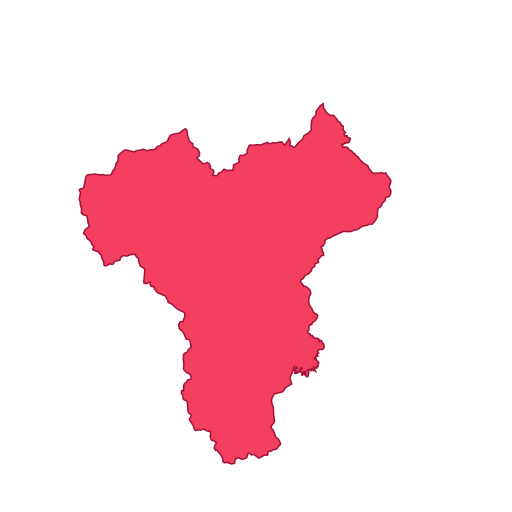 the district of Chaloem Phra Kiat, Nan, Thailand, rotated 233°
{"feature_id": "78962969B24937809655740", "entity_name": "Chaloem Phra Kiat", "entity_type": "district", "adm_level": 2, "iso_a3": "THA", "parent_name": "Thailand", "parent_adm1": "Nan", "projection": "mercator", "projection_center": [101.099, 19.489], "detail": "fine", "context": "isolated", "style": "filled", "palette": "rose", "viewbox_px": 512, "rotation_deg": 233, "n_neighbors": 0, "source": "geoboundaries", "source_scale": "gbopen_adm2", "svg_char_len": 6154}
<svg xmlns="http://www.w3.org/2000/svg" viewBox="0 0 512 512"><g transform="rotate(233 256 256)"><path d="M337.2,401.3L337.5,397.6L336.8,396.4L336.2,393.4L335.2,390.8L333.5,389.5L332.3,387.7L331.8,384.3L330.7,382.0L327.8,379.2L323.3,375.9L322.7,371.9L323.2,366.8L321.2,363.1L321.0,358.4L319.6,352.4L320.2,351.3L322.1,350.9L323.8,349.4L325.9,351.8L329.8,353.2L327.7,347.0L327.7,345.4L331.4,345.2L332.1,344.7L334.5,339.5L336.2,338.1L336.9,335.3L338.0,334.2L339.9,333.4L342.2,325.8L344.2,324.1L345.9,320.8L348.5,317.5L346.1,313.1L343.4,310.8L343.8,306.4L345.6,304.6L345.7,303.4L343.6,300.4L341.2,299.0L341.3,297.0L342.3,292.9L339.4,290.3L338.3,288.8L339.9,287.3L341.8,284.2L343.8,283.3L344.6,282.4L343.8,278.8L344.7,276.3L343.5,273.5L344.4,272.1L346.8,270.0L348.6,273.1L350.7,273.5L352.8,272.0L355.5,273.9L358.2,274.1L359.9,273.5L360.6,270.6L362.1,269.1L370.0,267.7L370.3,271.4L372.6,273.2L376.8,273.8L380.9,271.4L382.6,272.1L383.7,273.2L386.1,272.2L388.8,272.2L394.3,274.3L395.2,275.1L398.5,276.6L400.0,276.4L400.4,275.2L400.3,268.9L403.1,263.2L403.9,259.8L401.0,253.9L401.2,251.6L402.3,248.7L401.8,245.8L402.8,243.1L401.7,239.7L404.5,235.4L405.4,232.7L409.4,229.8L410.0,227.4L411.8,224.6L412.7,221.0L418.5,216.5L419.8,214.5L419.3,206.6L414.7,202.9L414.2,200.0L410.7,196.0L410.1,192.8L408.2,189.7L408.7,187.2L410.3,185.7L410.9,184.3L412.9,183.0L415.2,179.7L418.1,176.9L421.8,171.2L422.3,169.7L421.9,168.2L414.3,159.5L414.1,158.2L415.2,156.3L415.4,154.7L412.2,153.9L407.4,148.7L405.2,148.3L402.7,146.5L399.0,145.3L395.6,142.5L393.5,142.5L389.6,145.1L383.1,141.6L380.6,141.3L379.9,139.7L379.9,135.5L377.9,131.8L374.7,132.7L371.4,131.7L367.5,132.8L363.4,131.9L361.5,132.4L359.5,129.6L358.9,129.4L354.0,132.7L352.1,132.4L350.1,132.9L346.7,131.5L343.4,131.0L340.2,129.1L338.8,129.6L337.8,132.5L337.9,134.4L336.5,135.2L335.6,136.7L335.7,137.6L336.8,139.7L334.6,144.7L336.2,146.8L336.4,149.8L333.6,153.0L332.7,156.5L330.1,160.4L327.1,160.0L324.2,160.7L323.8,159.9L321.6,158.8L317.4,157.5L314.1,159.1L311.9,158.9L302.7,150.7L301.7,150.3L300.1,151.5L298.8,155.9L296.7,154.2L295.0,153.9L292.5,156.1L290.6,155.0L285.8,155.3L278.1,159.8L276.4,159.1L274.1,159.1L271.6,158.0L267.8,160.1L263.5,160.6L259.0,162.1L253.9,164.9L250.7,163.1L248.8,159.8L247.8,158.9L247.5,158.2L248.8,156.8L249.0,155.3L247.7,153.0L245.7,151.8L244.0,151.1L239.1,152.0L231.5,150.3L229.5,152.3L228.2,152.3L222.2,149.3L221.9,145.7L220.7,143.0L221.3,140.2L220.8,138.8L217.3,135.8L212.9,133.2L209.6,130.3L208.6,130.0L204.6,130.4L201.1,132.4L197.4,130.8L196.8,130.2L198.2,126.5L197.2,124.9L197.1,122.0L195.9,120.0L192.0,117.2L193.1,116.2L193.2,115.4L191.6,114.0L187.9,113.3L185.8,111.8L184.5,112.0L182.5,113.1L180.6,113.2L172.5,108.0L170.1,108.0L168.0,108.7L166.2,106.2L166.0,104.9L165.0,104.2L158.5,103.8L154.2,102.4L153.0,102.8L152.0,105.1L150.3,106.9L149.6,109.5L147.7,110.9L146.0,111.5L143.4,113.8L140.9,112.6L139.9,111.1L136.4,109.7L135.0,109.9L134.1,111.0L132.0,111.8L130.5,111.6L129.5,109.2L127.7,106.9L125.2,106.6L124.9,107.4L123.6,108.1L120.9,107.9L119.6,108.4L114.2,107.5L111.5,105.9L109.9,106.2L109.0,108.3L104.8,111.2L103.3,114.2L105.7,116.5L106.0,118.2L105.7,120.3L101.9,122.4L100.5,126.5L100.6,127.4L102.9,130.4L102.7,132.0L99.8,132.8L98.7,134.9L93.1,136.6L92.6,137.2L91.9,143.1L89.9,145.3L92.7,148.1L90.9,151.0L91.2,153.3L89.7,155.0L89.7,157.5L90.4,159.3L90.7,161.8L91.4,162.6L93.8,163.4L96.5,163.7L98.8,162.8L107.4,165.1L108.7,164.6L110.1,164.8L111.0,166.0L112.2,170.5L113.3,171.6L119.7,175.3L124.6,178.7L130.2,180.6L132.2,182.4L134.0,185.4L134.6,186.9L134.5,188.5L131.7,195.0L131.7,197.3L133.1,199.9L132.4,207.6L137.8,209.5L139.6,211.8L141.6,215.9L144.6,219.8L143.1,221.2L141.6,221.3L141.6,220.6L142.2,219.7L142.1,218.4L141.3,217.9L139.7,218.8L140.2,217.6L138.9,216.3L138.2,217.1L137.4,219.8L137.7,221.3L139.5,223.9L139.3,225.1L138.5,225.1L138.2,222.9L136.6,221.9L135.8,222.3L134.3,221.8L133.4,220.9L132.8,221.1L132.9,221.7L134.3,223.0L134.6,224.4L133.8,226.1L133.1,225.5L133.0,223.4L132.1,224.3L131.7,223.6L128.9,223.8L128.7,225.1L129.8,226.7L131.4,228.1L134.0,228.7L133.1,230.4L131.7,230.2L131.4,231.1L131.5,231.8L132.5,232.2L132.7,232.8L130.2,232.7L129.5,233.1L129.9,233.7L128.3,234.2L132.2,235.3L130.2,236.6L130.0,237.4L131.1,238.0L130.4,239.0L132.7,240.7L132.7,241.8L134.4,242.1L135.6,241.4L138.1,242.3L138.0,240.7L139.6,241.2L139.6,243.7L138.9,245.3L140.9,245.2L140.8,247.6L142.7,247.7L143.2,248.8L143.1,250.5L141.2,253.0L142.0,255.5L144.9,257.1L145.5,256.7L146.3,257.2L147.6,256.5L149.0,257.3L149.8,256.7L149.9,255.3L150.6,256.0L152.3,256.1L153.9,255.0L154.6,253.5L158.6,253.1L159.5,251.7L161.4,252.4L163.0,251.1L164.6,251.7L165.0,253.6L168.0,256.1L168.7,257.3L168.1,258.2L168.5,258.6L167.8,259.5L168.9,261.3L168.6,264.3L169.5,267.1L171.2,269.4L172.5,269.5L174.4,268.6L177.3,268.0L179.7,268.8L184.8,269.2L188.4,270.9L191.4,274.1L193.2,277.4L196.3,278.7L201.4,277.7L203.1,276.0L209.0,276.2L209.8,277.3L209.6,280.3L210.9,283.4L210.2,287.6L210.8,291.1L212.5,293.6L212.4,296.7L213.7,297.7L214.2,299.0L213.2,301.9L214.2,302.8L215.3,302.7L216.1,303.6L216.0,305.5L216.9,308.4L215.8,310.4L217.2,311.0L217.7,311.7L219.9,312.0L221.7,312.9L223.9,313.1L224.1,313.7L223.6,314.9L224.2,316.9L225.7,319.7L227.0,320.6L226.8,324.3L225.8,325.8L225.8,328.2L223.1,340.5L218.6,346.1L217.3,350.3L216.2,352.4L215.7,359.0L213.4,363.7L213.2,366.0L211.8,367.2L211.6,368.4L212.6,373.2L214.5,376.9L217.9,379.2L220.5,382.2L220.4,385.8L222.3,389.2L222.4,391.9L224.4,394.5L224.4,395.9L223.3,398.0L225.3,401.7L227.2,403.2L230.8,403.5L234.0,408.2L235.9,409.3L241.5,409.2L244.3,409.6L245.2,407.5L247.5,406.0L248.3,403.8L251.9,399.2L257.4,398.8L260.6,399.6L266.0,397.6L270.7,396.9L273.8,397.1L276.9,396.2L278.5,396.5L279.4,395.7L282.7,395.6L283.9,394.5L288.1,394.3L290.5,390.9L293.5,391.8L292.4,393.1L293.0,395.0L292.0,395.6L292.2,396.5L291.3,397.1L290.9,399.0L291.0,399.6L292.4,400.4L292.2,401.1L293.0,402.1L294.2,401.7L294.8,400.8L296.1,400.6L297.2,401.1L298.3,399.2L300.2,399.6L300.8,401.9L301.8,401.5L304.6,401.7L307.3,403.8L309.0,402.9L311.9,403.6L315.3,402.4L316.2,402.9L321.7,402.6L322.9,400.6L325.6,399.2L327.6,398.8L333.3,399.0L337.2,401.3Z" fill="#f43f5e" stroke="#9f1239" stroke-width="1.5"/></g></svg>